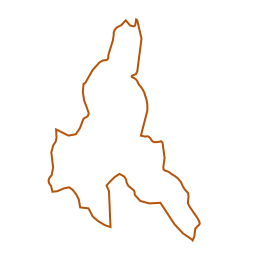 the border of Jura, rotated 273°
{"feature_id": "CHE-160", "entity_name": "Jura", "entity_type": "Canton", "adm_level": 1, "iso_a3": "CHE", "parent_name": "Switzerland", "parent_adm1": "", "projection": "orthographic", "projection_center": [7.156, 47.327], "detail": "fine", "context": "isolated", "style": "outline", "palette": "amber", "viewbox_px": 256, "rotation_deg": 273, "n_neighbors": 0, "source": "natural_earth", "source_scale": "10m", "svg_char_len": 1669}
<svg xmlns="http://www.w3.org/2000/svg" viewBox="0 0 256 256"><g transform="rotate(273 128 128)"><path d="M71.4,51.4L74.1,52.1L76.9,54.2L84.7,55.3L99.6,52.7L106.7,54.2L110.6,56.5L111.2,56.6L114.6,57.1L122.8,56.3L117.3,68.9L119.0,76.2L125.6,80.1L134.4,82.9L135.6,83.9L136.5,85.5L137.7,87.1L140.0,88.0L142.0,87.6L153.4,82.7L161.4,81.0L169.7,81.3L170.5,82.6L171.4,83.3L184.0,89.6L192.1,96.2L194.2,99.6L194.7,103.1L195.8,104.1L196.7,104.6L200.0,104.6L214.6,108.3L220.5,108.9L222.6,108.7L225.1,109.5L227.7,111.4L230.5,116.1L235.4,120.1L230.5,124.7L229.8,127.7L230.0,129.1L231.1,129.8L236.8,130.5L236.0,131.6L218.0,136.8L185.0,134.3L182.1,133.0L181.5,131.4L180.4,129.2L179.5,128.9L178.8,129.7L178.2,131.6L177.1,133.2L175.4,134.8L173.0,135.9L171.6,136.9L170.3,138.2L168.0,140.1L164.5,142.3L156.8,145.1L152.2,146.1L146.4,146.4L121.0,141.3L120.3,145.8L120.8,147.8L120.2,149.4L119.0,150.7L116.0,153.0L115.4,154.4L115.3,155.4L115.3,156.8L115.9,160.0L116.5,161.8L114.9,163.3L100.1,166.1L90.7,165.3L88.7,165.6L87.5,166.8L86.9,169.3L86.6,170.1L86.2,171.1L84.0,174.4L82.5,177.3L80.4,180.3L77.1,183.5L72.3,186.0L69.5,188.0L66.2,191.4L63.1,192.0L56.2,191.7L52.7,193.6L41.8,202.0L38.5,204.0L36.1,204.6L34.9,204.0L33.8,202.8L31.1,200.5L22.8,199.8L19.2,198.4L19.9,197.8L25.7,188.3L34.5,179.3L55.0,164.3L53.8,153.2L55.8,144.1L61.5,138.3L64.2,137.9L65.9,137.3L70.3,131.3L73.4,129.5L76.5,128.7L79.3,126.8L81.7,122.0L78.5,117.4L74.0,113.3L69.5,109.6L64.0,112.3L28.2,115.7L29.7,110.1L33.4,103.1L37.9,97.3L45.7,92.8L46.2,84.4L50.1,83.5L54.1,82.6L58.9,79.8L63.4,76.0L65.7,72.3L64.3,67.0L61.2,60.8L60.4,55.9L66.0,54.2L68.7,52.1L71.4,51.4Z" fill="none" stroke="#b45309" stroke-width="2"/></g></svg>